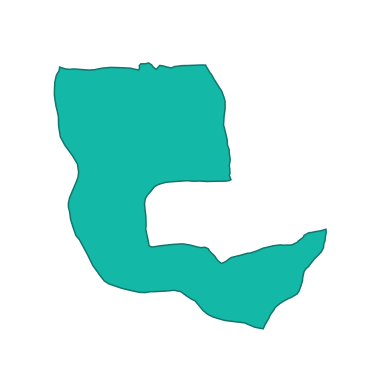 the district of Kpi, Grand Kru, Liberia, rotated 259°
{"feature_id": "62588387B64851496201268", "entity_name": "Kpi", "entity_type": "district", "adm_level": 2, "iso_a3": "LBR", "parent_name": "Liberia", "parent_adm1": "Grand Kru", "projection": "natural_earth1", "projection_center": [-8.139, 4.966], "detail": "fine", "context": "isolated", "style": "filled", "palette": "teal", "viewbox_px": 384, "rotation_deg": 259, "n_neighbors": 0, "source": "geoboundaries", "source_scale": "gbopen_adm2", "svg_char_len": 3046}
<svg xmlns="http://www.w3.org/2000/svg" viewBox="0 0 384 384"><g transform="rotate(259 192 192)"><path d="M129.9,316.4L129.3,310.7L129.5,307.6L129.5,300.7L129.8,299.1L128.0,293.7L126.4,292.7L123.5,286.8L122.7,286.1L121.1,280.5L121.1,279.3L121.3,277.5L121.9,274.4L122.5,270.7L123.2,269.0L123.7,262.4L123.7,260.9L123.4,254.8L123.3,250.9L122.2,246.0L121.8,244.3L120.9,237.2L121.3,234.6L120.6,227.1L120.6,225.3L120.2,218.1L119.5,216.2L118.9,214.9L117.3,212.0L116.2,207.3L116.7,206.8L119.6,204.4L122.4,203.0L124.7,202.1L128.0,199.8L130.4,198.2L133.2,197.1L135.3,194.2L135.5,191.9L135.8,189.7L137.1,186.5L138.7,183.4L140.6,179.2L142.7,173.5L143.3,170.1L144.0,164.7L144.2,163.0L145.2,151.7L145.4,146.8L145.6,142.1L147.4,139.6L153.9,139.7L160.0,139.5L164.4,139.5L168.1,140.6L171.3,141.1L177.2,142.1L184.9,142.6L189.7,143.2L194.2,144.8L196.5,146.8L197.4,147.5L200.5,151.7L204.0,155.7L205.5,159.1L206.1,162.9L206.5,168.6L205.9,173.8L205.0,181.7L204.0,189.3L202.2,196.1L201.3,201.8L199.9,207.0L199.4,208.8L198.8,212.7L197.5,220.4L196.3,226.4L196.1,230.4L196.6,232.6L201.5,231.8L202.6,232.7L208.2,233.6L210.3,233.5L216.5,235.7L219.0,235.8L224.3,236.1L226.4,236.6L231.0,235.8L233.3,236.0L235.9,236.5L242.2,236.3L243.7,236.2L248.9,236.0L250.2,235.9L251.6,235.7L258.5,237.5L260.2,237.9L266.8,240.2L270.5,241.0L275.1,241.8L279.2,241.4L285.8,240.3L289.5,238.7L294.6,236.7L298.1,235.3L303.6,233.5L305.5,232.5L312.6,229.9L314.0,229.6L315.0,224.8L316.9,212.5L318.0,206.1L318.2,202.2L318.5,198.6L317.7,195.3L319.3,191.7L321.4,187.4L322.4,184.4L321.3,183.0L319.1,180.2L320.0,179.5L322.7,177.4L324.5,176.6L326.9,174.2L326.8,170.4L327.1,168.6L327.6,166.4L326.2,164.4L323.6,164.1L321.9,162.8L322.6,161.4L324.1,157.7L325.2,155.5L327.7,145.5L329.3,138.3L329.8,136.2L330.7,127.8L330.7,122.1L330.6,120.0L331.3,114.4L333.0,108.0L335.4,99.3L335.7,95.4L336.9,91.4L339.1,87.2L339.9,85.9L336.6,84.8L332.6,81.2L325.8,78.2L318.7,76.5L313.5,75.4L308.1,75.1L301.7,74.9L296.7,75.2L296.0,75.2L291.2,75.2L282.5,73.7L280.5,73.6L271.1,73.3L262.3,76.1L250.4,81.6L241.5,84.9L233.2,84.5L228.2,82.9L224.1,80.4L222.3,79.2L219.8,77.5L214.5,73.9L209.7,70.7L204.5,68.5L200.9,67.8L195.5,68.1L190.1,67.7L188.5,67.6L180.1,68.5L171.3,69.8L166.9,72.3L157.5,75.3L150.1,77.6L138.8,80.6L130.2,84.6L128.9,85.1L121.3,89.0L117.6,93.0L117.0,93.9L115.7,96.3L115.4,96.8L111.0,104.4L107.0,113.1L103.5,121.3L102.3,126.3L102.2,127.0L102.1,131.9L101.0,138.4L99.7,148.1L99.0,155.0L98.9,155.8L96.3,162.0L91.3,166.6L87.2,170.7L84.5,174.3L79.5,177.0L73.6,180.2L68.7,184.3L65.6,188.4L63.0,193.1L59.8,199.3L59.2,201.1L57.2,207.1L55.4,212.8L53.5,218.6L47.3,227.8L44.1,235.8L47.8,238.4L53.4,243.3L56.5,245.4L60.6,249.8L62.3,251.1L63.8,253.4L65.8,257.2L67.5,261.4L69.2,266.9L69.5,269.0L71.8,275.5L72.5,276.2L73.5,277.5L75.3,278.8L77.3,279.9L78.4,280.7L84.2,283.7L85.9,284.0L90.7,286.0L92.5,286.9L94.6,288.8L97.0,292.7L97.8,293.4L99.1,294.9L103.3,299.8L103.9,300.9L108.6,307.6L110.3,308.8L111.9,310.3L116.6,311.8L118.1,313.0L124.9,315.2L126.4,316.0L129.9,316.4Z" fill="#14b8a6" stroke="#0f766e" stroke-width="1.5"/></g></svg>